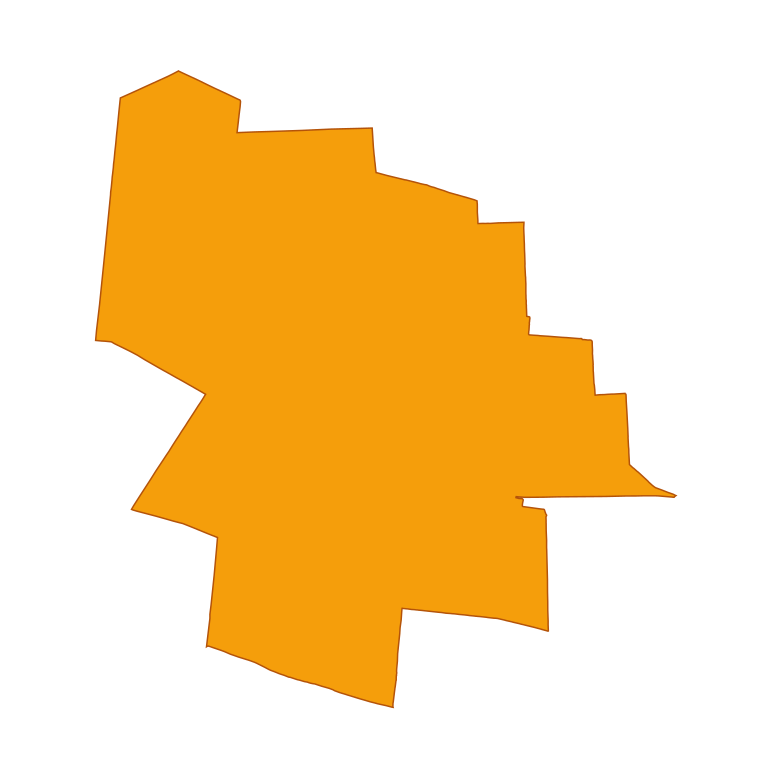 Darvari, Mehedinti, Romania, rotated 177°
{"feature_id": "2599482B46217743952621", "entity_name": "Darvari", "entity_type": "district", "adm_level": 2, "iso_a3": "ROU", "parent_name": "Romania", "parent_adm1": "Mehedinti", "projection": "equal_earth", "projection_center": [23.05, 44.199], "detail": "fine", "context": "isolated", "style": "filled", "palette": "amber", "viewbox_px": 768, "rotation_deg": 177, "n_neighbors": 0, "source": "geoboundaries", "source_scale": "gbopen_adm2", "svg_char_len": 6102}
<svg xmlns="http://www.w3.org/2000/svg" viewBox="0 0 768 768"><g transform="rotate(177 384 384)"><path d="M632.3,683.5L632.4,683.2L632.4,682.7L632.7,681.1L634.4,670.3L636.9,653.7L637.9,647.7L639.2,638.7L639.8,634.9L640.6,630.1L641.7,622.5L642.5,618.1L643.0,614.1L643.9,608.7L644.6,604.8L645.0,601.6L646.1,594.3L646.9,590.1L647.2,587.0L647.6,584.4L656.2,527.9L663.9,478.1L668.3,452.4L669.7,442.6L663.7,441.7L660.8,441.4L654.2,440.4L653.8,440.2L653.3,439.9L651.4,438.6L648.4,436.9L637.2,430.7L634.1,428.9L628.8,425.7L622.0,421.0L615.2,416.6L608.4,412.2L603.7,409.2L600.6,407.3L590.4,400.8L584.9,397.4L580.7,394.7L562.7,383.1L565.9,378.4L567.9,375.6L571.0,371.5L574.2,367.0L577.1,363.0L582.0,356.3L584.6,352.6L588.7,347.1L591.5,343.1L594.3,339.3L597.7,334.6L600.7,330.3L602.2,328.1L605.1,324.3L608.7,319.4L616.2,309.3L622.9,299.8L633.5,285.2L638.8,277.8L640.7,275.1L642.7,272.0L641.5,271.4L637.6,270.0L619.1,264.1L606.4,259.8L602.1,258.3L595.9,256.3L592.3,255.2L591.4,254.8L585.7,252.2L568.3,244.0L558.3,239.4L560.1,226.4L563.6,201.9L568.2,172.7L569.9,163.1L570.1,159.2L570.3,157.9L570.6,156.3L575.0,130.9L574.3,131.3L573.9,131.4L573.2,131.5L573.0,131.4L572.6,131.3L564.8,128.2L560.3,126.4L557.3,125.1L551.5,122.2L547.3,120.5L543.7,119.0L535.3,115.9L534.1,115.5L533.4,115.2L531.9,114.6L527.7,112.8L525.0,111.4L524.2,110.9L518.0,107.4L514.2,105.1L512.4,104.1L509.1,102.7L506.5,101.5L504.0,100.3L502.0,99.5L498.9,98.3L494.8,96.4L494.2,96.2L493.0,96.0L486.1,93.3L483.9,92.7L479.1,91.0L477.4,90.6L476.1,90.3L474.8,89.7L473.1,89.1L470.9,88.5L468.8,88.1L465.5,86.8L461.9,85.4L459.5,84.6L456.9,83.7L454.8,83.0L450.9,81.3L449.4,80.3L444.5,78.2L441.5,77.1L440.0,76.6L435.8,75.0L424.3,70.8L420.2,69.4L414.3,67.3L410.0,66.0L407.4,65.1L404.9,64.4L398.7,62.7L392.8,60.8L391.8,60.6L392.0,61.5L391.7,64.9L391.4,66.0L389.8,75.2L389.2,78.4L389.0,79.7L388.6,81.3L388.0,84.7L387.6,86.9L387.3,87.6L387.2,89.3L387.1,90.8L386.9,92.3L386.7,92.5L386.8,92.9L386.5,94.2L386.4,95.3L386.5,96.2L386.4,97.6L386.2,99.3L385.1,106.6L385.0,108.1L384.5,114.0L381.4,133.6L380.7,139.7L379.3,146.9L379.0,149.2L378.2,155.9L377.8,158.7L377.6,159.1L376.6,158.8L374.9,158.6L374.0,158.4L372.3,158.2L368.3,157.4L365.6,157.1L363.4,156.7L362.4,156.6L361.5,156.4L358.0,155.9L356.3,155.6L345.2,153.8L340.8,153.1L338.6,152.8L334.2,151.9L329.3,151.3L327.7,151.0L326.3,150.9L322.8,150.3L321.3,150.0L315.7,149.2L312.2,148.6L310.8,148.3L306.1,147.6L304.5,147.3L303.5,147.2L302.5,147.0L300.7,146.8L294.0,145.7L292.7,145.4L286.6,144.4L284.6,144.2L283.4,144.0L282.8,143.9L275.9,141.9L274.8,141.5L273.8,141.2L268.8,139.8L267.4,139.3L261.4,137.6L260.3,137.2L247.0,133.2L233.1,128.6L232.8,128.8L232.7,135.3L232.5,138.5L232.3,149.4L231.9,157.8L231.6,167.6L231.0,180.2L230.2,209.9L230.2,212.1L230.1,214.0L229.8,219.2L229.7,229.3L229.4,236.0L229.4,237.3L229.3,238.6L229.2,242.7L229.0,243.4L228.6,243.9L228.5,244.1L228.5,244.4L228.5,244.6L228.8,245.0L229.3,246.0L229.5,246.9L229.8,247.7L230.4,250.0L230.6,250.2L230.9,250.5L234.1,251.0L251.5,254.3L252.0,254.6L252.2,254.9L252.2,255.8L251.8,257.9L251.1,260.5L251.1,260.8L251.1,261.2L251.4,261.7L251.8,262.1L252.3,262.3L254.9,262.6L255.6,262.7L258.2,263.6L257.9,264.6L249.6,263.5L245.6,263.3L239.3,263.0L229.6,262.6L216.0,262.2L168.6,260.1L148.6,259.5L138.1,259.0L131.4,258.8L118.2,258.1L116.0,257.9L102.9,256.1L101.1,255.8L100.4,255.7L100.1,255.8L99.5,256.5L98.3,257.3L99.0,257.6L100.3,258.4L101.0,258.8L106.2,260.9L111.9,263.5L117.5,265.9L118.2,266.2L119.2,266.9L121.3,268.7L122.3,269.7L124.6,272.0L125.7,273.4L126.6,274.3L130.1,277.9L134.8,282.7L135.8,283.5L137.9,285.6L138.9,286.6L139.8,287.3L140.6,288.1L143.1,290.7L143.1,297.0L143.1,301.0L143.1,302.7L143.0,305.1L143.0,306.7L143.1,308.4L143.1,309.1L143.1,313.5L143.1,315.0L143.1,317.6L143.0,318.5L142.9,326.6L142.9,328.1L142.9,332.0L142.9,333.7L142.9,334.9L142.9,340.2L142.9,341.9L143.0,354.8L142.9,358.5L142.9,360.4L143.0,361.1L143.3,361.4L143.9,361.7L143.9,362.0L154.6,361.9L157.5,362.0L161.1,362.0L164.5,361.9L169.1,362.0L173.7,361.8L173.8,363.8L173.8,367.2L174.0,371.7L174.3,373.7L174.3,375.1L174.3,380.4L174.3,381.6L174.3,383.3L174.3,384.5L174.4,386.2L174.2,390.4L174.3,391.3L174.1,392.1L174.1,395.7L174.2,398.3L174.2,399.2L174.2,402.1L174.3,403.0L174.0,407.0L174.0,412.6L173.9,414.1L173.9,415.4L174.1,416.0L174.3,416.4L174.6,416.7L175.3,417.0L176.3,417.2L178.0,417.2L180.1,417.6L181.8,417.9L183.1,417.9L183.7,418.1L183.9,418.4L184.2,419.0L185.1,419.1L186.5,419.1L187.3,419.2L199.3,420.8L203.2,421.2L216.9,423.0L225.5,424.0L227.7,424.4L232.2,424.9L236.1,425.4L236.6,425.6L236.8,425.9L237.0,426.2L237.0,426.6L236.9,427.0L236.7,428.9L236.4,430.2L236.0,433.8L236.0,434.5L235.7,435.6L235.7,436.2L235.7,436.8L235.7,437.5L235.4,438.7L235.2,440.3L234.9,441.6L234.9,442.5L235.0,443.2L235.4,443.5L237.9,444.1L237.8,451.3L237.8,453.5L237.7,455.0L237.8,457.1L237.6,459.6L237.7,461.2L237.7,462.5L237.6,464.7L237.6,466.9L237.5,469.1L237.1,476.5L237.1,479.8L237.0,483.4L237.1,484.3L237.1,491.8L237.1,494.4L236.9,496.6L236.7,506.6L236.7,509.7L236.6,513.8L236.5,516.5L236.5,520.4L236.4,524.5L236.4,527.8L236.3,532.6L235.8,537.7L235.8,538.2L236.1,538.2L242.5,538.4L250.8,538.6L261.3,538.9L269.4,538.8L272.1,539.0L274.4,539.0L276.9,539.2L281.7,539.3L281.8,539.9L281.8,540.7L281.7,542.3L281.8,550.7L281.6,554.3L281.5,556.2L281.4,558.8L281.5,560.5L281.5,562.0L284.1,563.2L290.0,565.3L309.2,571.8L314.0,573.9L320.2,576.2L323.7,577.7L326.1,578.4L328.1,579.2L330.5,580.4L330.9,580.6L333.3,581.1L337.6,582.3L338.6,582.7L351.3,586.6L352.5,586.8L370.2,592.1L379.6,595.2L380.8,595.5L381.1,598.5L381.4,605.1L381.6,607.1L381.7,610.8L381.9,613.4L382.2,621.2L382.4,640.2L394.6,640.5L423.3,641.3L452.3,641.5L483.7,642.1L501.3,642.5L517.6,642.7L515.6,654.4L515.4,655.9L515.0,658.0L514.5,661.2L514.2,662.7L514.0,664.0L513.7,665.5L513.7,665.9L513.4,667.1L513.2,668.4L513.1,669.0L512.6,672.7L512.5,673.7L512.6,674.1L512.7,674.5L513.0,675.1L515.2,676.2L524.6,681.3L537.8,688.3L543.1,691.2L553.5,697.0L568.8,705.1L572.5,707.1L572.8,707.4L576.7,705.6L578.2,704.9L583.5,702.6L598.5,696.7L606.9,693.4L616.2,689.7L631.4,683.8L632.3,683.5Z" fill="#f59e0b" stroke="#b45309" stroke-width="1.5"/></g></svg>